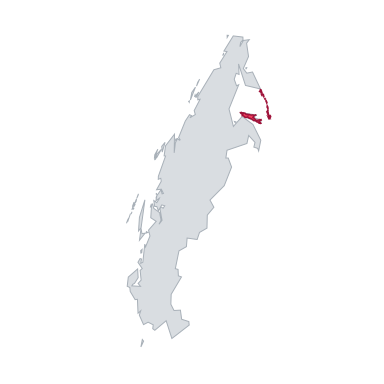 Sakhalin highlighted on a map of Russia, rotated 293°
{"feature_id": "RUS-2616", "entity_name": "Sakhalin", "entity_type": "Region", "adm_level": 1, "iso_a3": "RUS", "parent_name": "Russia", "parent_adm1": "", "projection": "robinson", "projection_center": [146.417, 48.915], "detail": "fine", "context": "in_parent", "style": "filled", "palette": "rose", "viewbox_px": 384, "rotation_deg": 293, "n_neighbors": 0, "source": "natural_earth", "source_scale": "10m", "svg_char_len": 8569}
<svg xmlns="http://www.w3.org/2000/svg" viewBox="0 0 384 384"><g transform="rotate(293 192 192)"><path d="M266.5,235.1L255.8,237.3L257.8,235.5L257.5,231.4L262.3,230.6L266.2,222.1L258.1,223.6L244.1,207.9L236.5,209.9L237.4,212.1L230.4,218.7L210.4,219.2L191.6,211.7L186.5,218.1L176.7,215.1L164.6,219.9L157.7,214.7L150.3,215.3L147.7,205.5L139.5,208.2L132.7,203.0L114.9,206.6L115.3,209.4L109.5,212.2L109.7,215.5L89.7,212.8L80.4,216.4L75.9,221.7L78.7,227.5L70.8,232.2L71.5,239.7L68.4,241.4L49.3,230.7L63.4,218.5L50.2,211.8L50.8,209.3L54.6,208.2L55.0,202.5L51.0,199.2L58.1,191.6L62.6,191.2L59.3,189.7L71.9,183.7L70.7,181.7L76.3,174.0L79.8,172.1L79.9,169.2L88.8,166.6L99.9,172.0L92.1,175.9L85.5,174.8L83.8,173.5L82.1,173.3L85.0,181.5L86.8,178.1L91.0,179.6L99.6,174.9L102.1,176.1L106.2,169.7L110.4,170.2L110.6,171.7L106.4,172.7L108.1,174.2L125.6,168.9L123.3,170.7L135.1,170.5L139.9,166.9L151.0,170.5L152.2,164.1L163.8,160.0L165.6,160.5L162.0,163.2L160.4,170.2L153.9,174.5L149.4,174.2L154.2,175.5L163.7,169.3L166.2,169.0L165.8,171.8L168.7,172.3L168.3,169.2L161.7,168.4L164.9,165.2L164.1,163.3L169.2,160.2L168.4,163.7L172.4,164.4L173.6,164.4L169.9,162.2L174.9,161.1L181.9,162.6L178.6,165.2L179.5,166.3L182.6,162.7L180.2,158.5L189.9,159.5L192.4,157.9L190.5,156.0L193.3,154.9L214.8,153.6L214.4,152.2L224.2,149.6L238.4,153.3L221.1,160.3L230.8,157.5L235.4,157.7L234.8,160.1L234.9,160.5L235.5,160.6L236.9,158.4L254.7,158.1L262.2,159.5L262.1,161.8L259.5,161.1L264.6,164.8L267.8,162.2L280.5,163.2L279.1,161.3L282.1,160.0L313.1,164.4L317.6,170.0L321.5,167.2L334.9,169.3L334.2,166.3L351.8,169.0L354.5,178.3L352.0,179.5L348.7,178.3L344.5,179.3L351.6,180.1L354.6,185.2L350.3,184.1L338.8,191.1L325.7,191.0L322.8,196.0L326.1,200.8L313.6,214.8L311.0,199.6L328.1,184.8L318.6,189.4L318.5,186.3L312.3,186.8L307.2,191.5L309.0,193.1L282.9,193.6L268.5,204.5L281.1,208.6L278.0,221.7L266.5,235.1ZM166.4,151.7L139.2,159.1L135.3,158.0L148.2,153.5L166.4,151.7ZM284.1,205.6L288.0,221.1L284.5,219.6L285.4,227.3L282.1,228.5L281.6,211.3L284.1,205.6ZM127.1,162.5L138.6,159.3L134.1,162.2L135.8,164.9L127.1,162.5ZM276.0,154.6L283.6,152.9L289.9,154.2L276.0,154.6ZM213.0,144.8L219.2,147.1L209.2,146.0L213.0,144.8ZM211.7,143.2L218.1,143.8L208.0,144.3L211.7,143.2ZM222.2,146.3L227.2,147.8L217.1,149.0L222.2,146.3ZM291.2,154.8L295.0,154.4L298.9,154.9L291.2,154.8ZM29.4,205.5L36.8,203.9L35.8,205.7L29.4,205.5ZM143.7,144.1L148.1,143.8L139.5,144.4L143.7,144.1ZM282.6,157.8L286.7,159.2L280.2,158.8L282.6,157.8ZM119.7,168.5L116.4,169.5L115.8,168.8L118.0,167.7L119.7,168.5ZM152.0,143.6L156.0,143.3L157.4,143.6L152.0,143.6ZM164.3,143.6L161.7,144.2L159.4,144.0L160.6,143.6L164.3,143.6ZM167.7,143.7L164.8,143.6L169.4,143.4L167.7,143.7ZM137.7,165.5L137.5,167.2L136.3,165.9L137.7,165.5ZM210.9,145.1L208.1,145.6L206.8,145.0L210.9,145.1ZM155.2,142.8L160.1,142.6L157.8,143.1L155.2,142.8ZM350.4,164.3L348.0,164.0L350.0,163.1L350.4,164.3ZM140.8,143.7L143.4,143.9L137.6,143.9L140.8,143.7ZM164.4,159.4L161.4,159.6L164.5,159.3L164.4,159.4ZM234.3,156.3L235.1,157.3L233.2,156.7L234.3,156.3ZM332.5,166.9L330.6,167.3L329.6,166.9L332.5,166.9ZM157.5,144.4L155.7,144.2L158.8,144.4L157.5,144.4ZM158.6,143.1L159.4,143.6L157.2,143.3L158.6,143.1ZM295.0,230.0L294.4,231.1L292.7,232.6L295.0,230.0ZM153.9,144.4L154.8,144.8L152.9,144.8L153.9,144.4ZM174.8,160.9L172.4,161.4L172.0,161.3L174.8,160.9ZM327.8,193.9L326.1,193.6L327.6,193.1L327.8,193.9ZM282.5,156.9L281.5,157.7L281.0,157.1L282.5,156.9ZM273.5,203.5L273.7,204.9L272.7,204.6L273.5,203.5ZM312.2,215.3L310.8,217.3L310.4,216.7L312.2,215.3ZM150.4,144.5L148.4,144.6L147.9,144.5L150.4,144.5ZM177.1,159.5L176.1,160.3L175.9,160.1L177.1,159.5ZM274.8,154.0L273.5,154.4L274.1,153.5L274.8,154.0ZM289.5,234.1L292.0,232.5L289.5,234.5L289.5,234.1Z" fill="#d9dde1" stroke="#a8b0b8" stroke-width="1"/><path d="M283.6,205.9L283.6,206.1L283.8,206.0L283.8,205.9L283.9,205.7L284.0,205.6L284.6,206.4L284.3,207.0L284.2,207.0L284.4,207.1L284.5,207.5L284.4,207.2L284.3,207.3L284.5,207.5L284.7,207.8L284.8,208.0L284.7,208.1L284.7,208.4L284.9,208.3L285.2,209.7L285.2,209.9L285.2,210.4L285.1,210.8L284.9,211.1L284.9,210.9L285.0,210.8L285.1,210.5L285.0,210.4L284.7,211.1L284.8,211.1L284.8,211.7L284.7,211.6L284.6,211.8L284.8,212.1L284.7,212.1L284.8,212.3L285.1,212.8L284.9,213.3L285.1,213.4L285.1,213.1L285.4,213.4L285.4,213.8L285.3,213.7L285.2,213.8L285.4,213.9L285.4,214.1L285.5,214.1L285.4,213.9L285.5,213.9L286.0,216.6L286.5,217.3L286.7,218.1L286.7,218.4L286.9,218.7L286.9,218.9L287.0,219.4L287.3,219.9L287.4,220.1L287.9,220.4L287.9,221.0L288.1,221.1L287.9,221.0L287.8,220.6L287.5,220.2L287.1,219.9L287.0,219.7L286.6,219.4L285.8,219.3L285.9,219.2L285.3,219.1L285.2,219.0L284.8,219.0L285.0,219.2L285.7,219.2L285.1,219.3L284.7,219.4L284.3,219.8L284.2,220.0L284.2,220.3L283.8,221.3L283.2,222.8L283.2,223.5L283.3,223.8L283.7,224.3L283.9,224.5L284.2,224.9L284.3,225.1L284.3,225.4L284.4,225.9L284.6,225.9L284.4,226.0L284.5,226.2L284.5,226.3L284.9,226.4L285.0,226.3L284.9,226.2L284.6,226.2L284.9,226.1L285.1,226.1L285.3,226.2L285.3,226.7L285.4,227.1L285.5,227.3L285.2,227.8L285.2,228.0L285.1,227.7L284.9,227.2L284.9,226.9L285.0,226.9L284.8,226.7L284.8,226.9L284.5,226.6L284.3,226.7L284.0,226.6L283.7,226.7L283.6,226.3L283.3,226.3L283.0,226.6L282.9,226.8L282.6,227.4L282.4,228.2L282.2,228.3L282.1,228.5L281.8,228.2L281.7,227.5L281.6,226.8L281.6,226.6L282.1,225.4L282.1,225.1L282.0,224.7L281.9,224.2L282.0,223.9L282.3,223.2L282.5,222.9L282.4,221.9L281.9,221.2L281.8,220.7L282.0,220.5L282.0,220.4L282.2,219.9L282.3,219.6L282.3,219.2L282.4,218.8L282.5,218.3L282.4,217.7L282.6,217.1L282.5,216.6L282.5,216.4L282.3,215.9L282.4,215.5L282.4,215.2L282.5,215.0L282.8,214.6L282.8,214.4L282.6,214.0L282.7,213.9L282.4,213.6L282.5,213.5L282.2,213.2L281.9,212.9L281.6,212.7L281.9,212.8L281.9,212.7L281.6,212.3L281.6,211.8L281.7,211.6L281.7,211.3L281.6,211.2L281.9,210.8L282.0,210.5L282.0,210.4L282.1,209.7L282.2,209.3L282.2,209.2L282.1,208.9L282.0,208.6L281.9,208.4L282.3,208.2L282.9,208.0L283.0,208.2L282.9,208.2L283.0,208.4L283.4,208.4L283.5,208.2L283.9,208.0L283.7,207.8L283.5,207.6L283.8,207.5L284.1,207.5L284.1,207.2L283.8,207.5L283.7,207.5L283.9,207.1L283.9,206.8L283.4,206.3L283.3,206.1L283.1,205.9L283.4,206.0L283.6,205.9ZM296.9,229.9L297.0,230.0L296.9,230.1L296.4,230.1L296.1,230.3L295.7,230.4L294.9,231.1L294.6,231.2L294.4,231.0L294.4,231.3L294.2,231.5L293.6,231.9L293.4,232.2L293.2,232.2L293.0,232.3L292.8,232.6L292.6,232.5L292.6,232.4L292.8,232.2L293.0,232.1L292.9,231.9L293.1,232.0L293.4,231.8L293.4,231.7L293.2,231.6L293.3,231.5L293.5,231.4L294.0,231.1L294.1,230.8L294.3,230.8L294.6,230.5L294.9,230.4L294.8,230.0L295.0,229.8L295.1,230.2L295.3,230.3L295.8,230.2L296.4,229.7L296.7,229.6L296.9,229.6L297.0,229.7L296.9,229.9ZM312.3,215.7L312.4,215.8L312.4,216.0L312.2,216.1L312.2,216.3L311.9,216.7L311.7,216.8L311.3,216.9L311.1,217.0L310.9,217.4L310.5,217.2L310.5,216.8L310.4,216.7L310.6,216.6L310.9,216.4L311.4,216.3L311.6,216.1L311.8,215.5L312.1,215.3L312.3,215.4L312.3,215.7ZM291.5,232.6L292.0,232.5L291.9,232.8L291.7,232.7L291.4,233.0L291.0,233.1L290.5,233.4L290.5,233.7L290.3,233.7L290.2,233.9L290.0,234.0L289.8,234.2L289.7,234.7L289.4,234.2L290.1,233.6L290.2,233.3L290.4,233.2L290.5,233.1L291.0,232.4L291.5,232.6ZM300.2,227.7L300.7,227.6L300.3,228.1L300.0,228.2L299.9,228.3L299.9,228.5L299.6,228.8L299.3,228.8L298.7,229.3L298.3,229.4L298.4,229.2L298.5,229.1L298.8,228.7L299.1,228.6L299.5,228.1L299.9,228.0L300.0,227.9L299.9,227.8L300.2,227.7ZM313.0,215.0L313.1,215.3L312.9,215.7L312.6,215.7L312.4,215.5L312.4,215.4L312.8,215.1L313.0,215.0ZM309.7,218.3L309.8,218.4L309.8,218.6L309.6,218.8L309.7,219.1L309.7,219.3L309.2,219.3L309.2,219.1L309.3,218.9L309.5,218.6L309.7,218.3ZM304.3,225.2L304.2,225.4L304.2,225.5L303.9,225.8L303.5,226.1L303.4,226.2L303.2,226.1L303.6,225.9L304.3,225.1L304.3,225.2ZM292.6,234.1L292.8,234.2L292.7,234.3L292.3,234.5L292.2,234.6L292.1,234.3L292.6,234.1ZM311.1,215.2L310.9,215.1L310.9,214.9L311.2,214.9L311.3,215.1L311.1,215.2ZM308.4,220.3L308.5,220.4L308.1,220.7L308.1,220.8L307.9,220.8L308.0,220.7L308.2,220.4L308.4,220.3ZM309.2,219.7L309.3,219.8L309.1,219.9L308.9,219.7L309.2,219.7ZM304.9,224.5L305.0,224.6L304.9,224.7L304.7,224.6L304.9,224.5ZM306.0,223.4L306.1,223.5L305.9,223.7L306.0,223.4ZM306.5,222.6L306.4,222.7L306.2,222.6L306.3,222.5L306.5,222.6ZM290.9,235.1L291.2,235.1L290.9,235.1ZM308.8,217.9L308.9,218.0L308.7,218.0L308.8,217.9ZM307.8,220.2L308.0,220.3L307.9,220.3L307.8,220.2L307.8,220.2ZM290.4,235.3L290.6,235.3L290.4,235.3ZM301.2,226.9L301.3,227.1L301.2,227.0L301.2,226.9ZM291.5,234.8L291.3,234.8L291.4,234.7L291.5,234.8Z" fill="#f43f5e" stroke="#9f1239" stroke-width="1.5"/></g></svg>